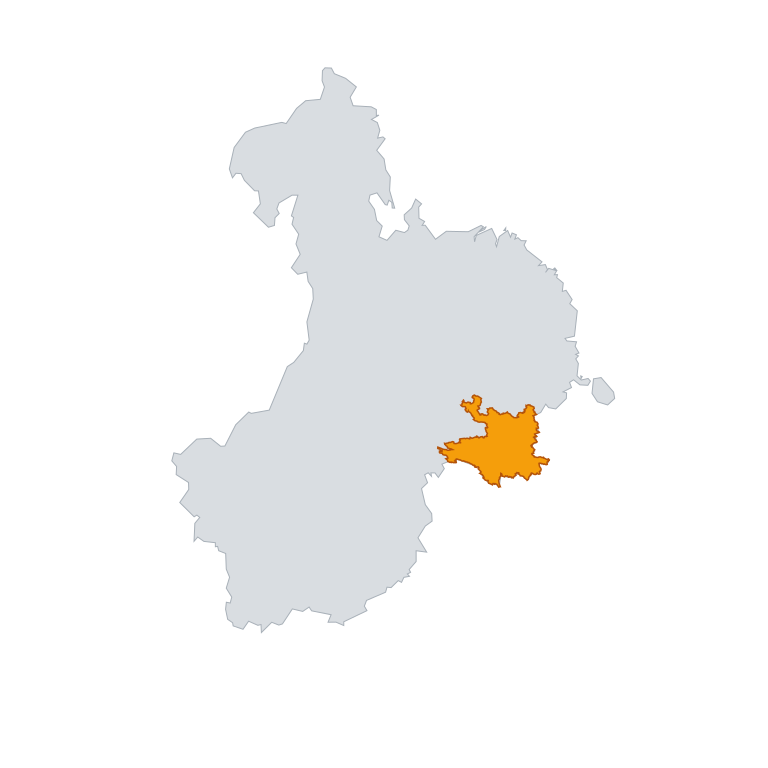 location of Yunnan within China, rotated 290°
{"feature_id": "CHN-1810", "entity_name": "Yunnan", "entity_type": "Province", "adm_level": 1, "iso_a3": "CHN", "parent_name": "China", "parent_adm1": "", "projection": "equal_earth", "projection_center": [102.236, 25.179], "detail": "fine", "context": "in_parent", "style": "filled", "palette": "amber", "viewbox_px": 768, "rotation_deg": 290, "n_neighbors": 0, "source": "natural_earth", "source_scale": "10m", "svg_char_len": 9838}
<svg xmlns="http://www.w3.org/2000/svg" viewBox="0 0 768 768"><g transform="rotate(290 384 384)"><path d="M432.7,560.3L419.3,553.9L418.1,546.7L420.4,542.9L410.8,541.0L405.0,535.2L391.5,546.2L388.2,542.9L381.7,547.4L376.5,543.3L373.0,548.4L368.7,546.9L366.8,550.1L368.9,565.1L364.0,564.6L362.3,556.9L352.8,560.7L350.4,553.2L342.9,551.5L346.3,540.5L339.8,537.3L338.0,527.6L339.6,524.7L326.7,527.5L328.2,523.2L326.5,517.7L329.5,509.3L338.1,501.1L338.3,478.2L334.7,478.5L332.8,470.6L328.5,465.8L325.1,469.6L314.8,467.0L317.9,462.3L316.5,458.5L313.5,460.2L315.7,455.9L312.6,453.2L306.1,458.7L298.6,455.0L284.7,464.1L278.6,473.1L271.6,476.1L264.7,471.4L251.1,468.5L240.6,481.6L238.3,471.2L228.2,474.9L218.3,471.1L216.1,473.4L213.5,470.9L212.0,473.7L209.1,468.8L203.6,468.3L204.1,464.6L195.1,460.3L194.1,456.3L188.9,456.7L174.7,441.6L168.5,441.5L165.2,445.5L146.8,427.5L143.3,428.8L143.8,420.3L141.0,412.9L149.1,413.2L146.1,393.6L148.8,389.9L142.5,385.4L141.3,374.8L123.8,370.6L121.5,367.6L121.7,360.0L108.5,353.8L115.9,350.7L114.1,348.0L114.8,337.9L105.3,335.4L105.1,325.0L107.9,323.4L109.4,317.6L118.1,312.2L125.0,310.5L125.6,314.4L131.7,313.8L138.2,305.6L149.6,305.0L156.1,299.1L170.6,293.2L170.8,285.7L174.5,283.2L173.4,281.2L177.2,279.8L174.5,268.6L176.5,261.3L171.2,259.3L188.4,253.9L195.6,256.5L196.8,253.0L194.3,251.0L202.8,232.6L218.1,236.6L224.6,234.0L227.8,219.7L235.6,217.3L239.2,210.9L247.4,210.1L248.3,217.0L268.2,226.9L273.7,239.7L269.6,251.8L271.3,255.7L295.0,258.6L311.4,266.5L311.0,269.3L320.2,285.1L367.3,287.2L373.4,291.8L387.8,296.8L395.1,295.2L395.1,297.9L399.6,298.7L416.0,290.3L439.6,288.5L449.3,284.4L454.5,277.6L462.8,273.2L457.6,265.4L461.6,257.2L477.2,260.9L485.5,253.4L495.6,252.6L502.7,242.9L509.6,242.1L510.3,239.5L532.0,238.5L530.0,233.0L518.2,223.4L511.8,223.4L508.4,227.2L503.0,224.7L495.5,226.8L491.8,221.8L500.3,202.7L511.0,206.2L522.5,200.0L521.3,196.3L527.6,183.2L532.8,177.8L531.4,172.8L525.9,171.1L533.2,165.1L555.0,162.3L573.2,167.7L580.3,175.0L594.9,198.5L595.3,203.0L613.1,207.6L623.4,213.5L629.7,226.8L642.7,226.5L647.8,222.1L657.4,219.0L660.9,220.4L662.9,226.5L658.6,231.2L658.1,243.4L653.7,256.4L641.9,254.1L634.9,259.8L640.1,277.2L639.3,282.9L633.7,285.0L634.9,287.3L628.3,281.7L627.4,288.3L621.0,293.3L612.9,293.9L615.8,298.5L614.8,301.2L601.1,297.2L595.5,307.1L585.8,312.5L580.7,319.1L567.7,323.1L552.9,333.9L552.2,331.5L557.4,329.2L558.3,325.7L553.2,325.8L553.0,323.8L561.2,312.0L556.7,306.2L550.6,307.1L544.8,315.3L535.1,321.2L531.8,328.3L520.6,328.9L520.0,337.7L532.5,342.5L533.3,351.4L536.7,353.8L541.2,353.6L545.4,347.0L549.9,345.1L558.8,349.8L568.6,350.5L566.1,357.7L562.1,356.1L551.7,360.2L550.6,366.6L546.1,365.6L547.3,368.4L537.6,382.9L548.8,390.3L555.9,411.1L566.2,421.0L565.7,423.6L553.2,418.3L548.6,420.5L555.2,419.9L567.0,432.0L558.4,440.8L553.9,440.8L551.5,442.8L562.0,441.9L570.5,447.7L565.2,452.7L569.7,452.7L569.5,457.4L564.9,457.4L567.3,459.8L565.6,463.9L567.2,468.6L562.5,468.1L558.8,472.3L552.8,490.7L548.1,488.7L551.4,494.8L547.4,498.5L544.1,497.6L549.0,499.2L549.4,507.5L544.9,506.7L546.1,509.6L543.0,509.9L540.2,517.9L532.0,519.9L534.3,523.0L527.7,531.9L523.0,531.1L518.9,540.6L494.1,546.6L488.8,538.5L487.0,541.1L489.5,550.5L484.8,550.7L479.8,556.6L477.4,553.9L476.9,557.1L473.2,555.6L469.8,559.6L457.7,562.6L455.2,568.0L459.0,573.9L457.3,577.0L452.5,576.0L450.2,568.4L452.8,560.7L449.0,557.8L444.8,561.4L437.8,554.9L438.1,558.6L432.7,560.3ZM460.5,579.1L464.3,585.8L454.9,602.5L449.3,605.7L440.8,601.3L440.3,590.7L446.3,582.7L460.5,579.1ZM566.9,426.3L563.5,425.6L560.2,422.2L562.7,422.9L566.9,426.3ZM572.4,445.0L569.8,445.8L569.2,444.1L572.4,445.0ZM551.5,504.8L550.2,506.9L550.3,504.1L551.5,504.8ZM456.5,567.3L458.9,566.1L458.8,567.7L456.5,567.3Z" fill="#d9dde1" stroke="#a8b0b8" stroke-width="1"/><path d="M370.3,548.4L369.8,548.0L369.2,546.8L368.8,546.8L368.2,547.5L367.6,549.8L367.1,549.8L366.8,550.2L367.2,551.2L367.2,552.3L367.7,554.0L368.4,554.5L369.1,556.1L368.9,557.4L369.2,558.4L369.7,558.7L369.6,559.2L369.0,559.4L369.1,560.2L368.8,562.9L369.9,564.1L369.7,564.5L369.2,564.6L369.2,565.3L368.7,565.4L368.2,564.7L367.4,564.9L367.4,564.2L366.8,564.0L365.4,564.2L364.4,564.9L364.0,564.6L363.6,563.9L363.6,563.0L363.8,562.2L363.2,561.7L363.4,560.3L363.0,559.5L363.2,558.5L362.8,557.7L362.7,556.9L362.3,556.8L359.8,558.3L358.4,560.2L357.6,560.8L355.9,561.0L355.3,560.2L354.7,560.0L353.3,561.3L352.9,561.3L352.2,560.3L352.1,559.7L352.3,558.8L352.7,558.3L352.1,557.9L351.2,557.9L350.8,557.4L350.4,555.9L350.9,554.1L350.6,553.3L350.7,552.9L349.7,552.8L349.5,553.3L348.5,552.6L348.1,553.0L347.5,552.4L346.6,552.1L345.6,551.9L344.8,552.2L343.7,552.2L342.6,551.5L342.9,551.3L342.7,551.0L343.6,548.9L343.6,548.2L344.8,546.8L344.8,545.3L344.3,543.4L344.8,543.0L345.4,541.9L345.4,540.9L346.4,541.2L346.7,540.9L346.2,539.7L346.2,539.1L345.3,539.0L344.6,538.1L343.4,539.1L343.2,538.6L341.8,538.4L341.5,537.7L339.8,537.5L340.3,535.9L340.2,535.5L339.7,535.5L340.1,534.9L340.1,534.4L339.9,533.6L339.2,533.4L339.0,532.7L339.8,531.6L339.2,530.5L339.2,529.6L337.9,529.1L338.0,527.2L337.8,526.8L339.9,525.2L340.0,524.3L337.1,525.3L336.3,524.7L335.6,524.5L334.5,525.0L333.0,524.7L332.2,524.9L330.1,526.0L327.3,528.4L327.2,527.9L326.3,527.1L328.4,524.3L328.2,523.4L328.4,523.0L328.4,522.5L327.6,522.2L327.6,521.8L328.1,521.6L327.7,520.4L326.3,520.4L326.6,518.2L326.6,516.5L326.6,516.2L327.9,515.1L328.9,515.0L329.0,514.7L328.4,513.7L328.3,511.9L328.9,511.2L329.4,509.5L329.6,509.2L330.4,509.9L331.8,508.5L332.1,507.7L332.5,507.4L332.4,506.0L332.8,505.5L332.8,504.5L334.2,505.3L334.6,505.2L334.9,504.9L336.5,501.5L336.8,501.4L337.6,501.9L338.4,501.1L337.8,499.7L337.3,499.5L337.0,497.8L337.7,497.3L338.0,497.9L338.6,496.9L338.3,496.0L338.0,495.8L338.7,494.0L338.8,492.0L339.2,490.9L339.0,489.7L339.1,488.6L338.8,487.7L339.0,487.2L338.8,485.9L339.1,485.2L338.6,484.6L338.4,483.5L338.8,481.3L338.5,480.7L338.5,478.1L338.2,477.6L337.5,477.9L337.0,477.1L336.7,477.2L335.9,476.7L335.6,478.4L335.0,478.8L334.7,478.6L333.8,476.1L333.8,474.8L333.2,474.1L333.6,473.6L332.9,472.8L333.1,471.1L333.0,470.5L334.3,469.5L334.9,467.7L336.3,469.4L337.6,468.2L338.3,466.6L337.8,464.7L337.8,463.5L338.7,462.5L338.3,459.9L338.5,459.6L339.8,459.1L340.4,461.6L341.4,461.3L341.0,460.0L341.3,459.3L342.0,458.6L341.7,457.1L341.9,456.5L343.1,456.2L343.1,459.6L342.9,461.3L343.2,463.6L343.6,464.6L343.5,466.6L344.1,467.9L344.6,468.4L344.6,468.8L345.6,470.0L345.7,470.6L345.8,470.8L346.0,469.1L345.7,468.0L345.8,466.4L345.6,465.6L346.9,464.8L347.3,463.2L347.8,462.6L348.0,461.8L349.0,461.2L349.2,462.6L350.1,463.5L350.3,464.4L351.3,465.0L351.8,466.4L353.3,468.1L353.4,469.3L352.1,470.2L352.5,471.9L353.8,473.8L354.7,474.3L354.7,475.7L355.0,476.0L356.1,474.5L357.2,474.9L357.9,473.9L358.4,474.1L360.5,478.3L360.5,479.3L361.0,479.8L361.5,480.8L361.8,483.3L363.4,483.2L363.1,485.0L363.2,485.5L365.2,487.7L365.7,489.4L366.0,489.4L366.4,488.7L366.7,488.8L366.7,489.8L365.8,491.6L366.2,492.1L367.2,492.6L368.2,494.3L367.5,495.2L367.5,496.3L367.9,496.5L368.4,496.1L369.4,496.9L369.5,498.0L370.2,498.8L370.9,497.9L372.9,498.1L374.3,496.2L375.1,495.9L375.8,495.1L377.4,494.2L378.0,494.6L377.9,495.8L378.6,496.3L380.6,494.3L381.3,494.6L381.7,494.3L381.7,492.7L382.2,492.5L382.4,491.8L381.5,488.1L380.8,486.8L380.5,485.3L380.9,484.0L380.6,481.9L381.3,480.2L381.7,480.7L383.0,480.3L383.9,478.2L384.7,478.0L384.6,477.3L386.2,475.7L386.8,474.5L386.9,473.2L387.4,472.7L386.9,472.8L386.6,472.0L386.1,471.9L386.3,470.7L387.1,470.0L387.4,469.2L388.1,468.9L388.9,469.6L390.5,468.1L389.6,465.4L390.2,463.6L390.3,463.5L390.4,464.1L391.4,464.3L392.1,464.0L392.6,464.3L394.0,464.0L394.1,463.7L394.6,464.0L395.5,463.9L396.1,464.2L395.5,464.9L394.3,465.2L394.2,465.5L394.4,468.0L395.4,468.7L395.8,469.3L395.7,470.0L396.1,471.0L396.1,471.4L395.0,471.8L395.0,472.2L395.5,473.0L396.6,474.0L397.8,474.5L398.7,474.0L399.4,474.2L400.6,473.9L401.3,473.2L401.3,471.8L401.8,471.3L403.4,471.6L403.7,472.4L404.5,472.5L404.4,473.6L404.0,474.4L404.7,476.2L403.7,480.5L402.4,480.3L400.3,481.7L399.7,481.4L396.9,481.6L396.2,481.2L395.4,479.8L394.3,481.0L394.2,481.8L393.5,482.2L391.6,480.5L391.1,480.5L390.8,480.7L389.9,482.2L387.7,484.9L388.1,485.6L388.8,485.2L389.6,486.4L389.5,487.5L389.1,487.7L388.9,488.3L389.1,489.3L389.5,489.4L389.4,491.0L390.1,491.9L390.9,492.3L392.1,492.3L393.0,490.6L395.1,490.8L396.0,489.6L396.6,491.3L397.5,491.5L398.6,494.1L397.3,495.6L397.2,496.6L396.9,497.2L397.0,497.8L396.9,498.8L396.5,499.5L395.8,500.0L396.1,500.9L395.8,502.3L395.6,502.6L394.9,502.6L395.0,503.9L396.2,505.0L396.3,506.0L397.4,506.0L397.6,507.6L398.9,508.9L399.9,509.4L399.7,509.7L399.2,509.9L398.9,511.6L399.0,512.6L397.5,515.0L397.4,516.2L396.8,517.3L397.7,520.3L399.0,521.8L399.4,521.5L399.0,520.3L399.4,520.0L400.6,520.1L401.6,520.6L403.0,520.5L403.9,522.0L403.9,524.3L405.0,525.3L405.1,524.5L406.5,525.7L406.9,525.7L407.2,525.6L407.4,524.6L408.2,524.4L408.9,525.5L410.1,526.0L411.0,526.0L411.2,525.2L412.5,524.8L412.4,525.5L413.8,526.6L413.7,527.2L414.3,528.3L413.6,528.9L413.8,529.9L413.6,532.7L412.4,533.5L410.7,532.9L409.7,534.3L409.2,534.5L409.2,535.2L408.6,535.1L408.5,536.0L407.6,537.1L407.5,537.7L407.0,537.3L406.5,536.2L405.8,535.9L405.2,534.9L404.6,535.6L404.2,536.4L403.8,536.3L402.8,536.7L401.5,537.8L401.0,537.6L400.8,538.3L400.2,538.7L400.4,540.9L399.3,542.3L398.0,542.5L397.7,542.1L396.6,543.4L395.5,544.2L394.5,543.4L394.5,542.3L392.9,542.8L392.3,543.7L391.9,546.4L391.7,546.6L388.5,542.6L387.9,543.1L387.5,544.0L387.5,544.8L387.0,545.6L386.4,545.1L386.0,544.2L386.0,543.5L385.2,542.8L384.4,544.4L383.3,545.3L383.3,546.2L382.3,546.9L382.3,547.5L382.0,547.7L380.9,547.0L380.2,545.4L377.7,543.8L377.2,544.1L376.9,543.4L376.5,543.1L376.0,543.4L375.7,544.3L375.3,544.4L375.6,545.0L374.3,546.8L373.9,548.0L373.4,547.8L372.8,548.1L372.6,547.7L371.6,547.5L370.6,547.7L370.3,548.4Z" fill="#f59e0b" stroke="#b45309" stroke-width="1.5"/></g></svg>